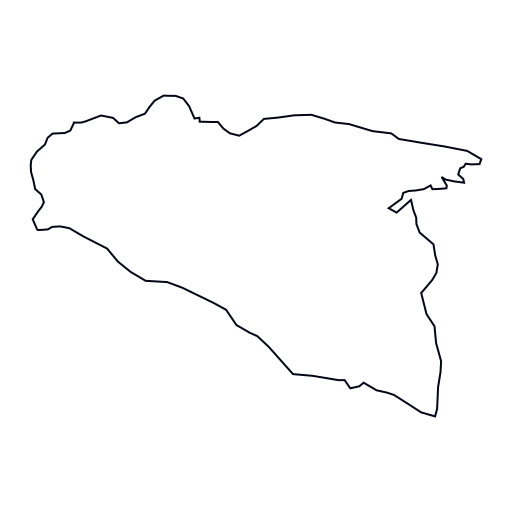 Kouklia Pafou, Paphos, Cyprus
{"feature_id": "46923920B78543602896298", "entity_name": "Kouklia Pafou", "entity_type": "district", "adm_level": 2, "iso_a3": "CYP", "parent_name": "Cyprus", "parent_adm1": "Paphos", "projection": "robinson", "projection_center": [32.607, 34.692], "detail": "fine", "context": "isolated", "style": "outline", "palette": "ink", "viewbox_px": 512, "rotation_deg": 0, "n_neighbors": 0, "source": "geoboundaries", "source_scale": "gbopen_adm2", "svg_char_len": 1726}
<svg xmlns="http://www.w3.org/2000/svg" viewBox="0 0 512 512"><path d="M37.2,229.6L37.7,230.0L43.0,229.8L47.8,229.4L52.2,226.9L60.1,226.4L69.4,228.2L83.7,236.6L107.0,248.5L118.0,261.7L130.6,271.9L145.6,280.8L167.2,282.1L182.2,287.7L213.5,302.9L226.1,309.8L236.4,325.0L249.4,332.6L257.4,336.2L268.7,346.8L293.0,374.1L312.3,375.8L338.3,380.1L344.6,380.1L350.3,388.3L359.3,386.3L363.6,382.7L376.6,390.3L386.9,392.6L393.9,394.9L407.9,403.8L421.2,412.4L435.1,416.4L437.1,408.8L438.1,387.0L440.5,372.2L441.1,361.3L439.9,356.8L436.1,343.1L434.5,326.3L426.5,314.1L421.2,293.0L432.0,280.3L436.3,273.1L437.8,264.4L435.2,255.4L433.5,244.4L419.7,232.6L416.4,224.0L416.2,217.7L413.4,210.2L411.0,199.9L396.6,212.6L388.7,208.2L401.6,198.8L403.3,192.9L408.5,191.0L415.7,190.5L423.9,189.1L430.6,185.4L432.4,189.2L439.4,188.9L446.4,188.3L446.8,185.6L441.6,177.0L445.8,179.6L454.2,181.4L464.1,182.7L463.2,178.9L458.2,174.5L460.2,168.3L463.7,166.8L465.7,163.7L471.2,164.4L479.5,164.1L481.3,159.2L480.8,158.9L467.2,150.9L444.1,146.4L422.7,143.0L398.9,139.0L392.4,134.2L391.3,133.4L372.4,131.1L349.1,124.1L335.0,122.5L325.2,119.0L311.4,114.8L294.3,115.3L277.9,117.6L263.9,118.9L256.5,126.0L249.2,130.2L239.2,135.7L229.9,133.3L223.4,128.6L217.9,122.0L211.9,122.0L199.7,121.7L199.4,117.8L194.5,118.5L191.0,110.5L189.2,106.3L183.2,98.5L175.7,95.9L168.7,95.8L163.7,95.6L154.7,100.6L149.7,106.7L144.9,113.7L135.9,117.1L126.8,122.4L119.0,123.3L113.1,117.9L101.0,115.5L85.5,121.4L81.2,122.6L73.8,122.6L73.8,123.3L70.3,130.6L64.8,133.0L52.5,133.6L47.6,137.8L44.9,144.6L37.0,151.5L31.3,159.9L30.7,165.6L31.1,172.2L33.2,179.7L35.2,189.1L41.3,194.5L43.9,202.2L41.7,206.8L38.4,211.0L32.7,219.3L37.2,229.6Z" fill="none" stroke="#020617" stroke-width="2"/></svg>